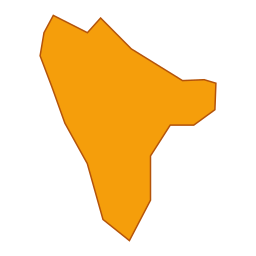 outline of Kecskemét
{"feature_id": "HUN-4915", "entity_name": "Kecskemét", "entity_type": "Urban county", "adm_level": 1, "iso_a3": "HUN", "parent_name": "Hungary", "parent_adm1": "", "projection": "orthographic", "projection_center": [19.681, 46.9], "detail": "fine", "context": "isolated", "style": "filled", "palette": "amber", "viewbox_px": 256, "rotation_deg": 0, "n_neighbors": 0, "source": "natural_earth", "source_scale": "10m", "svg_char_len": 354}
<svg xmlns="http://www.w3.org/2000/svg" viewBox="0 0 256 256"><path d="M100.6,18.0L131.3,48.9L182.5,80.6L204.2,79.7L215.9,83.2L214.9,109.7L193.8,125.1L170.2,125.1L150.5,155.9L150.5,200.2L129.4,240.6L103.0,219.5L87.3,163.6L64.9,123.2L51.8,86.6L40.1,55.8L44.0,32.7L53.3,15.4L87.4,32.7L100.6,18.0Z" fill="#f59e0b" stroke="#b45309" stroke-width="1.5"/></svg>